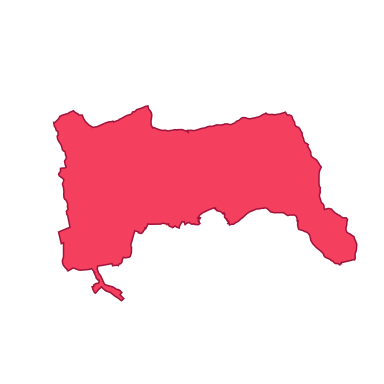 the district of Cozmeni, Harghita, Romania, rotated 254°
{"feature_id": "2599482B88715743642246", "entity_name": "Cozmeni", "entity_type": "district", "adm_level": 2, "iso_a3": "ROU", "parent_name": "Romania", "parent_adm1": "Harghita", "projection": "mercator", "projection_center": [25.941, 46.184], "detail": "fine", "context": "isolated", "style": "filled", "palette": "rose", "viewbox_px": 384, "rotation_deg": 254, "n_neighbors": 0, "source": "geoboundaries", "source_scale": "gbopen_adm2", "svg_char_len": 6014}
<svg xmlns="http://www.w3.org/2000/svg" viewBox="0 0 384 384"><g transform="rotate(254 192 192)"><path d="M243.0,303.8L242.8,298.0L243.5,292.7L244.6,290.2L245.0,288.1L245.9,285.9L247.5,284.8L247.1,284.1L247.0,282.1L245.8,277.1L246.0,274.1L245.9,271.9L246.1,271.7L246.4,267.9L247.4,265.5L248.7,263.9L249.6,261.1L249.2,259.5L247.9,257.0L247.8,254.5L246.7,252.5L246.0,247.8L247.6,244.9L248.4,242.2L248.1,240.3L248.6,237.6L249.8,234.0L249.5,231.2L249.7,228.9L250.3,227.3L250.5,224.5L250.2,224.0L250.1,221.5L250.5,218.9L250.3,212.3L250.4,211.3L251.0,209.3L251.7,207.7L252.4,204.7L250.7,204.7L251.7,204.0L252.7,202.8L253.2,201.7L254.6,200.0L255.8,195.7L255.6,194.8L256.1,194.2L256.6,192.7L256.9,189.0L257.2,187.8L257.1,186.2L258.8,183.3L259.4,180.2L261.3,177.2L264.6,172.9L264.7,172.6L264.3,172.1L264.3,171.8L268.3,171.3L271.9,172.3L276.4,174.4L277.9,174.7L279.7,174.7L281.3,174.3L284.2,173.0L286.9,173.4L287.1,171.5L287.0,169.6L286.6,168.2L286.4,161.6L284.9,158.8L285.3,158.0L285.3,156.9L283.9,155.8L283.9,155.3L283.5,154.4L283.4,153.8L283.6,151.0L283.5,150.3L282.0,143.7L281.9,142.2L281.3,141.4L280.9,135.9L281.9,135.6L281.8,134.8L282.0,132.4L282.4,131.3L282.2,129.9L282.4,129.2L280.9,118.6L281.1,117.8L281.4,114.3L282.2,113.9L284.8,111.4L289.0,109.0L292.4,108.0L296.2,107.7L297.2,104.3L298.3,104.1L300.8,101.6L302.8,100.4L302.3,96.5L301.7,94.6L301.6,88.2L301.3,87.5L301.2,85.9L299.0,83.8L296.5,79.0L297.0,78.2L293.1,77.8L291.4,78.5L290.1,78.4L288.2,78.6L287.5,79.5L286.8,79.8L285.7,79.4L283.9,79.2L282.9,77.8L280.1,77.4L277.5,77.9L273.0,79.2L269.7,79.2L268.7,79.0L266.8,79.8L266.5,80.4L265.5,81.1L262.5,80.6L260.9,80.8L259.1,80.6L256.9,78.0L252.9,77.6L252.1,77.7L252.0,78.0L252.3,78.2L250.6,77.9L250.3,77.1L250.2,75.7L250.6,74.7L251.0,72.2L250.1,71.7L248.4,71.5L246.8,69.8L246.7,69.2L245.9,68.6L244.0,68.9L243.3,69.6L242.0,70.3L241.4,71.2L239.1,72.2L237.3,71.2L235.4,69.6L231.8,69.7L227.3,68.9L225.4,68.1L221.9,67.4L220.3,67.6L219.2,68.5L216.1,69.2L213.4,68.9L213.0,68.4L211.8,68.1L210.2,68.3L209.0,67.4L209.1,67.2L207.9,65.8L206.6,65.9L205.7,65.4L204.5,65.6L203.8,66.0L191.8,65.0L190.3,52.7L178.3,52.1L178.5,54.5L165.1,50.6L161.6,48.4L159.2,48.0L156.9,48.2L153.4,49.7L151.9,50.7L150.7,50.6L150.3,51.2L151.7,56.6L151.3,57.6L148.3,61.5L147.6,63.2L146.1,70.6L145.9,73.0L146.0,74.4L141.5,76.2L141.4,75.6L136.9,76.4L136.0,76.1L133.5,77.2L133.4,78.1L132.8,78.2L131.3,77.9L130.4,77.4L130.3,76.9L130.4,74.0L129.6,71.8L128.3,71.6L128.4,69.8L124.8,70.0L122.1,70.6L121.4,71.4L124.1,75.5L125.7,79.0L123.8,79.8L120.8,81.8L117.8,85.9L113.7,88.8L110.4,91.7L106.9,94.2L108.3,97.1L113.1,94.5L114.7,96.9L117.5,95.4L118.6,94.1L119.3,92.6L122.4,90.0L126.6,83.3L127.8,82.4L136.8,81.1L138.8,80.2L140.8,79.8L144.5,79.7L145.6,80.5L146.8,80.8L146.1,86.3L145.2,95.4L143.0,95.3L142.4,99.3L141.9,100.6L141.5,101.0L143.0,102.2L142.7,103.5L143.9,105.3L144.8,105.8L146.2,106.2L147.3,107.5L147.9,107.7L147.9,108.2L146.9,110.3L147.0,111.7L146.6,113.1L146.8,114.3L147.2,114.9L150.8,117.2L151.8,117.4L152.4,117.8L153.6,117.8L154.8,118.6L156.8,118.4L158.4,118.8L170.5,126.3L168.5,129.5L167.7,129.1L166.2,131.5L166.3,131.7L166.3,132.5L167.3,134.1L168.3,135.0L168.9,136.3L169.3,136.6L170.4,136.7L170.2,137.1L169.6,137.3L169.6,137.6L170.5,138.0L170.9,138.8L172.9,140.5L173.4,140.7L172.5,143.1L169.8,153.0L170.1,155.2L168.0,159.3L167.5,159.1L167.6,160.7L166.4,160.5L165.3,160.8L163.9,163.0L163.2,163.3L163.2,164.4L163.9,165.6L164.0,166.2L162.2,167.9L160.9,169.8L162.9,170.8L166.2,174.3L165.6,175.6L165.7,176.3L162.6,176.3L163.4,178.6L163.6,180.8L162.0,181.8L161.2,182.9L160.9,183.7L160.8,185.3L160.2,185.4L159.9,186.0L158.8,189.2L159.6,191.0L160.4,190.7L161.7,190.8L161.5,190.2L161.9,190.1L162.6,190.2L162.5,190.5L164.5,190.7L163.9,192.0L165.0,193.0L165.8,190.7L166.2,191.6L167.7,193.1L168.9,195.9L169.6,199.7L170.3,204.0L170.6,207.6L170.6,209.3L170.1,210.0L169.6,209.3L167.2,211.3L167.1,211.0L165.0,214.4L162.5,215.7L163.1,216.1L163.4,217.0L161.8,217.0L161.5,217.5L159.6,216.5L158.7,216.4L157.1,217.0L156.6,217.9L156.8,218.7L156.2,217.9L155.7,217.9L155.5,217.6L153.9,218.2L153.8,219.1L153.4,219.2L152.5,218.9L151.9,217.7L151.7,217.8L151.8,219.0L150.0,218.9L150.1,220.9L149.6,223.0L150.4,225.2L150.9,227.9L151.8,230.1L152.4,230.9L153.4,233.7L156.1,239.0L157.0,241.9L157.8,248.8L157.7,250.5L157.2,251.9L157.2,254.3L156.7,256.0L156.6,257.8L156.1,258.9L155.7,259.4L153.7,260.6L153.3,261.1L151.4,261.9L149.5,265.1L147.2,273.4L146.2,274.9L144.2,276.4L143.0,277.5L142.9,278.2L142.8,280.4L142.1,282.0L141.9,283.6L141.4,284.3L140.0,285.5L139.2,285.6L138.0,285.7L135.0,285.1L135.0,286.0L133.5,285.2L131.5,284.5L128.7,284.2L126.8,284.3L126.5,284.5L124.2,288.2L123.2,289.1L121.6,291.4L119.8,292.6L117.4,293.2L112.4,292.9L108.8,293.9L104.7,296.0L100.6,298.9L98.3,300.3L96.4,301.3L94.3,301.2L92.5,302.2L90.1,305.0L89.1,306.3L87.8,306.9L86.4,308.5L85.1,309.0L83.9,310.0L83.6,310.4L82.9,312.7L81.2,314.0L82.0,314.7L81.9,315.9L83.1,316.0L82.8,318.2L82.4,326.1L82.5,327.8L82.3,328.7L81.9,329.6L83.2,330.6L87.7,331.7L89.0,332.8L91.4,334.2L96.3,336.0L101.0,335.6L102.0,335.3L104.4,335.4L108.2,332.2L109.8,330.4L111.2,329.7L113.1,329.5L115.1,330.2L117.8,331.7L120.7,332.7L122.6,333.9L124.7,333.1L125.0,332.6L125.1,331.3L125.3,330.4L126.6,328.8L128.9,327.4L129.7,326.1L131.4,324.9L132.2,323.9L135.9,321.8L137.1,321.5L137.5,320.4L138.1,319.7L138.6,318.6L138.7,317.5L138.6,316.2L138.8,315.7L138.6,314.6L139.9,314.5L142.8,315.1L144.0,314.8L146.4,313.5L147.3,313.4L153.0,313.4L154.1,313.7L154.5,314.1L156.6,315.3L158.8,315.7L159.9,316.3L161.1,316.5L162.5,316.1L163.4,316.1L165.9,316.6L174.7,319.2L177.6,320.8L180.4,323.2L182.4,322.3L183.8,322.0L188.1,320.7L189.3,319.9L192.5,317.1L193.6,316.7L194.8,316.5L197.6,317.2L202.3,316.3L203.4,315.9L204.6,315.9L205.4,316.9L207.3,315.5L207.7,314.5L208.8,314.0L211.2,313.7L212.2,314.0L215.3,313.6L218.5,314.1L220.0,313.7L221.1,313.2L222.1,313.3L224.6,312.4L226.5,310.0L228.7,309.4L230.5,309.8L234.6,308.9L236.9,308.9L238.0,308.4L239.2,306.9L239.7,305.1L240.1,304.5L243.0,303.8Z" fill="#f43f5e" stroke="#9f1239" stroke-width="1.5"/></g></svg>